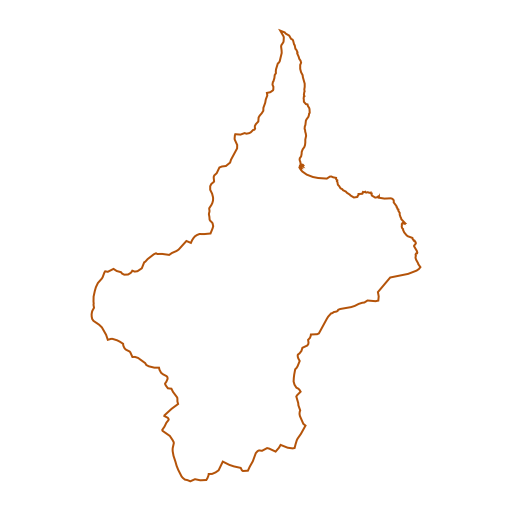 the district of Dalvíkurbyggð, Norðurland eystra, Iceland
{"feature_id": "244011B31014041409595", "entity_name": "Dalvíkurbyggð", "entity_type": "district", "adm_level": 2, "iso_a3": "ISL", "parent_name": "Iceland", "parent_adm1": "Norðurland eystra", "projection": "albers", "projection_center": [-18.585, 65.893], "detail": "fine", "context": "isolated", "style": "outline", "palette": "amber", "viewbox_px": 512, "rotation_deg": 0, "n_neighbors": 0, "source": "geoboundaries", "source_scale": "gbopen_adm2", "svg_char_len": 6050}
<svg xmlns="http://www.w3.org/2000/svg" viewBox="0 0 512 512"><path d="M184.9,479.6L187.4,480.1L190.3,481.3L195.0,479.2L200.3,480.3L206.3,480.0L207.4,478.2L208.5,475.4L208.7,474.0L212.1,473.9L215.6,472.4L218.6,470.3L222.8,461.6L229.4,464.9L233.9,466.4L240.7,467.9L241.9,470.3L242.9,471.0L247.9,470.7L249.8,466.6L252.8,461.3L255.8,453.1L257.6,451.1L259.1,450.4L262.0,450.8L267.1,448.1L269.2,448.6L275.6,451.6L278.9,447.8L280.6,444.9L287.6,447.7L292.7,448.4L294.6,448.0L295.6,444.1L296.8,440.2L297.6,438.6L300.9,433.9L305.5,425.6L303.3,423.8L299.9,416.0L299.5,413.9L299.7,411.8L300.2,410.4L298.4,405.3L298.2,403.0L296.3,396.5L297.2,395.1L300.6,391.7L299.6,390.0L298.4,388.7L296.4,387.7L294.5,384.7L293.6,381.5L293.8,378.0L294.2,374.6L295.2,369.3L296.5,368.0L297.5,366.4L299.7,361.0L298.3,358.4L297.8,356.9L297.7,355.2L297.9,354.6L299.5,353.4L301.4,351.0L302.4,347.8L307.3,345.5L308.3,344.0L308.5,342.5L308.1,339.9L310.0,337.8L310.7,335.9L310.9,334.5L317.2,334.2L318.9,333.4L326.9,318.7L328.2,316.6L331.1,313.4L332.4,313.1L333.7,312.1L336.6,311.5L337.7,310.8L338.2,309.8L340.2,309.0L351.1,307.1L354.8,305.9L358.7,303.9L362.1,302.8L364.4,302.5L367.5,300.5L375.5,301.2L378.3,300.6L378.7,296.4L377.9,292.1L390.2,277.5L408.1,273.9L416.6,270.6L418.9,269.0L420.4,267.1L418.3,264.2L418.2,263.5L416.1,259.7L415.5,257.8L415.7,256.3L415.9,255.8L415.6,255.0L415.6,254.4L416.2,253.4L417.1,253.3L417.3,252.5L416.8,250.9L414.1,246.3L414.1,245.7L415.8,243.5L415.7,242.4L414.7,240.9L414.3,241.1L413.7,240.6L413.6,240.4L413.7,240.1L412.7,239.1L412.4,237.9L407.7,236.2L406.5,235.2L404.2,232.4L403.1,230.0L403.1,229.1L402.3,228.4L401.9,227.4L401.7,226.3L401.9,225.4L401.8,224.1L402.4,223.2L403.2,223.4L403.0,223.2L403.1,222.7L403.6,222.3L404.3,222.5L404.5,223.0L404.9,223.0L401.3,219.2L401.1,218.1L400.6,217.3L399.7,214.7L399.7,212.9L398.3,210.7L398.4,209.5L397.3,208.7L397.3,208.0L396.8,206.9L396.5,206.8L396.4,206.0L393.7,202.4L393.8,200.9L393.4,199.8L392.3,198.8L390.8,198.3L384.5,198.6L379.5,197.8L378.9,197.3L378.9,196.9L378.5,197.6L377.8,197.3L377.8,196.8L379.5,195.8L377.8,196.7L377.6,197.2L375.2,197.6L371.8,195.5L371.6,194.4L371.7,193.5L370.7,193.3L370.5,193.1L370.6,192.6L369.2,192.8L367.8,192.2L366.2,192.6L365.3,192.2L365.2,191.8L363.9,192.2L363.0,191.9L362.6,192.7L362.5,193.6L362.2,193.8L358.6,194.0L358.7,194.7L357.8,195.6L357.6,196.6L357.2,197.0L353.9,197.5L350.4,195.4L349.9,194.7L346.8,192.7L345.9,191.6L343.0,190.2L342.3,189.2L340.5,188.3L339.1,186.0L338.1,185.0L337.7,184.0L337.5,182.2L336.9,181.3L337.3,180.3L336.4,179.6L336.1,179.0L336.1,177.9L333.1,177.3L331.3,176.5L329.9,176.6L326.8,178.6L318.1,178.0L312.9,177.0L306.7,174.6L302.3,171.5L301.0,170.0L301.7,166.7L301.5,166.8L300.9,169.1L300.2,168.9L299.8,168.1L300.5,168.1L299.5,167.5L299.9,165.8L302.1,166.4L301.7,166.0L301.6,164.8L301.7,164.7L302.9,165.1L304.1,166.3L302.9,164.8L300.7,164.3L300.3,161.8L299.8,160.6L299.6,159.4L299.8,158.2L301.1,156.4L301.6,154.0L301.7,152.0L301.9,151.4L302.7,149.3L304.3,147.1L305.0,145.1L305.3,142.6L305.3,139.5L306.1,135.9L305.8,133.7L305.2,131.6L305.1,130.1L304.6,128.8L304.8,126.5L305.4,124.9L305.9,120.6L306.5,119.4L308.4,116.8L309.0,114.7L309.0,113.9L309.7,112.8L309.5,109.1L309.1,107.8L308.0,106.2L307.5,104.4L305.9,104.1L303.9,101.8L303.8,99.5L303.6,98.1L303.8,97.5L303.9,96.3L304.4,96.1L303.9,94.6L304.3,92.0L304.6,91.5L304.3,89.4L304.7,86.9L304.7,83.7L302.9,77.3L302.6,75.1L301.1,72.3L300.2,68.9L300.2,64.9L301.1,62.7L300.5,60.6L299.3,58.9L298.7,56.8L297.2,53.4L297.2,52.9L297.5,52.7L297.5,52.3L296.3,49.7L295.4,48.8L294.7,45.2L294.1,44.5L293.1,40.6L292.6,39.7L291.0,38.8L289.2,35.6L285.7,33.6L284.7,32.4L280.3,30.7L283.6,36.5L283.8,37.5L283.6,41.2L283.3,42.3L281.3,45.3L281.1,46.6L281.6,50.5L281.7,53.0L279.7,61.3L278.9,62.6L277.8,63.5L276.0,69.4L275.8,71.4L275.9,73.2L274.7,75.1L274.4,78.0L273.4,81.4L272.9,82.0L272.5,84.4L272.6,85.0L273.4,86.8L273.3,89.5L273.0,90.3L270.3,92.2L266.9,92.9L267.3,95.5L265.8,99.4L265.2,102.8L263.4,107.8L263.3,110.8L261.7,113.3L259.7,115.6L258.6,117.5L258.3,121.5L255.8,124.2L254.9,125.9L254.8,127.1L255.1,128.6L254.4,129.7L253.2,129.9L250.8,132.3L249.3,133.1L246.5,133.7L244.6,133.1L240.5,134.6L235.3,134.2L234.9,135.3L234.6,138.5L234.7,139.5L237.2,145.0L237.1,148.4L231.0,159.7L230.1,162.6L225.9,166.0L221.9,166.5L219.4,167.5L216.7,173.2L214.3,175.4L213.8,176.5L213.7,177.8L214.1,181.3L213.9,181.8L211.3,184.0L210.2,186.2L210.2,189.8L212.1,193.7L213.0,197.2L213.1,198.5L213.0,200.6L212.3,203.1L211.3,205.1L209.3,208.1L209.2,208.8L209.5,210.8L209.4,212.0L209.1,212.9L208.9,214.2L209.4,216.9L209.6,219.6L210.1,220.6L212.2,222.7L212.6,223.4L213.2,226.2L212.6,228.3L210.5,233.5L203.9,234.1L199.5,234.0L197.0,235.0L195.0,236.3L193.6,237.9L192.1,240.2L190.9,242.9L186.4,241.0L178.6,249.6L176.5,251.0L171.9,253.0L169.2,254.9L162.0,253.9L157.3,254.0L156.0,253.3L153.8,254.3L147.6,259.1L145.3,261.7L144.2,262.3L141.8,268.3L137.5,271.2L134.7,271.6L132.3,270.7L131.4,272.2L130.4,273.1L128.1,274.5L124.3,274.7L122.1,273.6L121.0,272.2L116.7,271.0L113.5,268.9L107.8,271.8L105.2,271.3L104.4,272.5L102.6,277.3L101.8,278.6L97.9,283.0L95.9,287.2L94.8,291.0L93.6,296.6L93.5,301.4L93.7,303.7L93.5,304.8L94.0,307.8L92.4,310.7L92.0,311.9L91.6,314.3L91.7,316.6L92.2,319.0L93.5,320.9L99.1,324.7L101.9,327.4L106.1,334.8L107.8,339.8L110.9,338.9L112.6,338.9L117.1,340.3L119.7,341.6L123.1,343.8L123.2,345.0L123.5,346.1L124.4,348.0L125.0,348.8L126.0,349.7L129.6,351.5L130.3,352.3L132.4,357.0L134.9,356.9L138.0,357.9L145.2,363.1L146.3,365.0L148.8,366.3L154.5,367.7L159.0,367.7L159.5,369.8L161.1,372.8L163.0,374.3L166.5,376.1L167.2,376.8L167.6,378.1L167.5,379.1L166.3,381.8L165.1,383.5L165.1,384.0L165.8,385.5L167.9,388.3L171.4,388.7L173.0,391.9L177.2,397.5L177.4,398.8L177.4,401.4L178.1,404.0L171.6,408.8L164.5,415.3L164.3,416.0L167.8,417.8L168.7,419.3L168.4,420.2L166.4,422.7L164.5,426.6L162.3,429.8L162.4,430.6L162.9,431.1L169.8,435.9L172.6,440.1L173.7,442.2L173.8,443.2L172.7,448.1L172.6,449.8L172.7,451.4L173.5,455.8L175.5,461.9L176.6,465.8L178.2,469.8L181.6,476.5L182.8,477.9L184.9,479.6Z" fill="none" stroke="#b45309" stroke-width="2"/></svg>